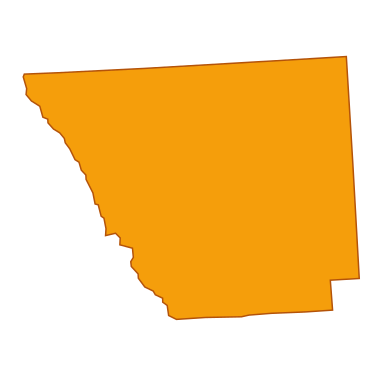 the district of Larimer, Colorado, United States of America, rotated 357°
{"feature_id": "52423323B69154914244995", "entity_name": "Larimer", "entity_type": "district", "adm_level": 2, "iso_a3": "USA", "parent_name": "United States of America", "parent_adm1": "Colorado", "projection": "orthographic", "projection_center": [-105.711, 40.628], "detail": "fine", "context": "isolated", "style": "filled", "palette": "amber", "viewbox_px": 384, "rotation_deg": 357, "n_neighbors": 0, "source": "geoboundaries", "source_scale": "gbopen_adm2", "svg_char_len": 903}
<svg xmlns="http://www.w3.org/2000/svg" viewBox="0 0 384 384"><g transform="rotate(357 192 192)"><path d="M117.2,241.0L129.6,245.0L130.0,254.2L127.2,258.4L127.5,263.2L133.9,271.0L133.9,275.3L139.9,284.4L148.1,288.9L150.0,292.7L157.1,296.5L157.0,300.5L161.3,304.0L162.2,314.1L169.8,318.4L198.9,318.0L234.9,319.2L242.5,317.9L264.9,317.3L299.0,317.7L326.2,317.3L325.5,287.3L339.7,287.2L344.6,287.2L345.2,287.2L354.5,287.1L354.2,202.8L354.1,173.0L353.2,64.8L272.7,65.4L272.2,65.4L266.9,65.4L151.1,66.1L149.7,66.1L64.2,65.9L30.7,65.5L29.5,68.2L32.3,80.1L31.4,86.0L36.4,92.7L44.5,98.4L47.0,109.5L51.8,111.7L51.8,115.4L57.0,121.9L63.0,126.0L67.3,131.8L68.0,136.2L72.2,142.5L76.9,153.6L80.7,156.3L82.6,164.4L86.9,169.5L86.9,173.9L93.0,187.7L94.6,198.9L97.7,199.9L100.0,211.4L102.7,213.5L104.2,224.2L103.4,231.0L113.5,229.2L117.9,234.1L117.2,241.0Z" fill="#f59e0b" stroke="#b45309" stroke-width="1.5"/></g></svg>